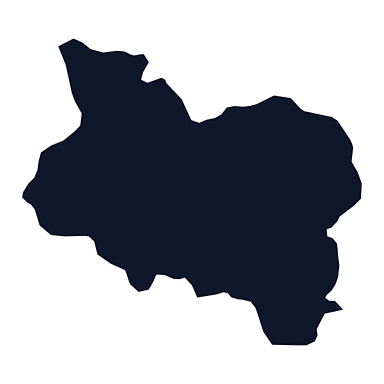 SVG path tracing the border of Manisa
{"feature_id": "TUR-2277", "entity_name": "Manisa", "entity_type": "Province", "adm_level": 1, "iso_a3": "TUR", "parent_name": "Turkey", "parent_adm1": "", "projection": "natural_earth1", "projection_center": [28.179, 38.758], "detail": "fine", "context": "isolated", "style": "filled", "palette": "ink", "viewbox_px": 384, "rotation_deg": 0, "n_neighbors": 0, "source": "natural_earth", "source_scale": "10m", "svg_char_len": 1495}
<svg xmlns="http://www.w3.org/2000/svg" viewBox="0 0 384 384"><path d="M290.4,98.8L299.7,108.9L303.7,111.8L331.8,117.8L337.2,121.5L349.3,139.7L351.1,143.4L352.4,147.5L350.8,161.8L357.0,172.7L361.0,183.6L360.2,198.3L353.4,205.1L338.9,216.2L336.8,220.8L331.2,226.8L325.9,228.7L326.6,237.0L332.0,238.7L336.2,243.8L336.9,249.0L337.2,254.5L338.6,265.9L337.3,277.0L334.8,284.0L331.1,289.9L326.0,294.6L324.2,298.0L329.0,301.6L334.6,301.7L341.6,309.2L324.2,313.0L315.9,329.0L316.8,335.3L314.2,340.8L306.4,344.5L298.0,344.6L272.6,344.0L264.1,331.6L256.3,307.6L251.1,301.1L242.7,298.9L238.4,298.6L231.8,296.7L228.1,292.4L223.3,291.5L216.1,293.7L197.7,296.7L192.6,284.9L185.1,276.7L179.5,278.4L173.7,278.1L164.7,274.2L155.8,273.8L152.7,281.2L148.3,288.9L138.8,291.1L130.9,283.9L129.4,280.4L127.1,273.0L125.6,269.6L111.1,263.0L98.1,254.0L94.9,241.1L89.3,235.7L85.5,235.1L64.5,235.6L51.3,234.3L40.3,225.0L35.4,209.0L31.1,203.5L28.2,202.3L23.0,197.2L23.9,192.3L29.1,183.9L34.8,178.2L38.2,170.4L39.4,161.4L41.6,152.9L51.9,146.0L63.7,141.3L75.8,131.4L81.0,125.7L82.5,113.4L75.5,100.9L72.5,92.5L66.4,64.5L59.2,46.7L73.5,39.4L82.2,43.3L90.2,49.8L103.2,53.3L116.4,51.6L124.1,52.2L131.4,55.7L134.4,56.2L140.3,55.1L143.3,54.9L148.0,62.3L142.3,72.0L140.2,80.2L147.4,83.6L161.4,78.6L164.5,80.2L165.7,83.5L181.1,99.7L190.7,120.7L199.2,123.7L207.0,120.4L215.1,118.8L222.1,114.8L227.2,108.2L234.8,106.8L242.9,107.5L250.0,106.7L256.9,104.9L274.1,96.3L290.4,98.8Z" fill="#0f172a" stroke="#020617" stroke-width="1.5"/></svg>